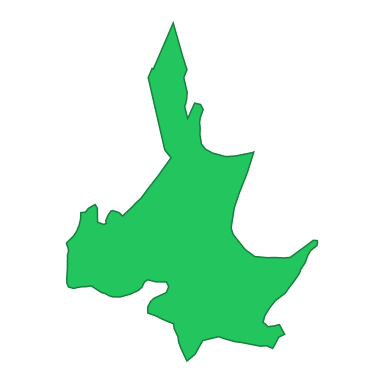 the district of Kafr Al-Dawwar, Al Buhayrah, Egypt
{"feature_id": "37247803B70717043240627", "entity_name": "Kafr Al-Dawwar", "entity_type": "district", "adm_level": 2, "iso_a3": "EGY", "parent_name": "Egypt", "parent_adm1": "Al Buhayrah", "projection": "natural_earth1", "projection_center": [30.128, 31.137], "detail": "fine", "context": "isolated", "style": "filled", "palette": "green", "viewbox_px": 384, "rotation_deg": 0, "n_neighbors": 0, "source": "geoboundaries", "source_scale": "gbopen_adm2", "svg_char_len": 2925}
<svg xmlns="http://www.w3.org/2000/svg" viewBox="0 0 384 384"><path d="M185.0,63.7L185.0,63.4L182.8,56.8L181.0,50.4L173.2,23.0L172.0,25.8L153.4,69.0L152.1,68.5L148.2,77.6L164.8,150.0L170.2,156.7L171.0,157.8L168.5,161.3L165.3,165.8L162.2,170.1L158.5,175.4L155.9,178.7L154.1,180.9L152.6,182.9L151.8,184.0L150.6,185.4L148.1,188.7L141.1,198.2L139.5,199.7L138.6,200.5L138.4,200.7L138.3,200.8L135.3,203.5L133.9,205.2L132.1,207.0L129.3,209.6L127.1,211.7L125.0,213.7L123.9,214.7L122.5,216.0L119.8,213.2L118.8,212.5L112.9,210.6L111.0,211.0L108.2,215.0L107.1,217.4L105.8,220.6L106.3,223.3L103.9,224.4L97.7,222.3L97.6,221.1L97.5,218.8L97.4,213.0L97.4,208.4L96.0,205.9L95.1,204.5L92.6,205.9L88.3,208.4L85.6,212.1L80.8,212.6L80.6,218.9L80.3,220.2L79.1,225.3L77.4,229.3L77.2,230.3L75.9,232.3L75.3,233.5L73.4,236.1L71.4,238.1L69.3,240.2L66.5,243.0L66.6,244.3L68.0,247.5L68.5,251.1L67.3,255.9L67.6,257.2L67.4,261.0L67.4,264.6L67.4,266.8L67.4,269.3L67.2,271.0L67.0,274.3L66.9,276.6L66.8,278.8L66.8,281.8L67.0,283.7L67.6,285.0L68.6,287.0L73.1,288.3L74.1,288.5L76.4,287.7L81.1,286.9L82.2,286.8L87.2,286.6L91.0,285.8L96.0,289.0L101.4,292.5L105.2,293.5L109.2,295.8L112.8,296.9L113.8,296.8L118.0,297.0L120.5,296.9L126.5,295.2L130.4,294.1L135.7,291.7L138.2,290.5L141.7,287.5L144.6,281.9L147.6,279.8L151.7,280.8L155.7,281.8L166.5,282.0L166.7,282.3L166.8,282.7L168.7,286.7L166.8,291.4L166.4,292.5L153.8,298.4L150.6,301.5L147.8,306.8L147.8,313.1L152.7,314.8L156.6,316.2L161.0,318.5L166.7,321.1L168.1,321.6L173.5,323.7L174.2,328.6L176.8,334.3L177.9,336.4L178.1,337.6L178.8,342.6L181.1,348.6L181.8,350.1L186.9,361.0L195.1,354.2L202.7,340.6L217.7,336.9L218.9,336.7L223.5,338.4L226.0,339.1L234.6,341.6L241.5,342.5L252.7,344.7L260.4,346.2L266.4,345.7L271.4,347.8L272.5,348.5L273.6,346.9L275.6,343.2L276.1,342.2L278.6,337.3L284.6,334.2L279.4,324.6L274.3,325.9L267.9,326.7L266.9,325.7L265.5,324.0L263.0,322.5L264.2,318.0L264.6,316.3L266.8,312.6L268.2,310.2L269.7,307.8L272.6,304.2L275.2,300.8L278.1,298.6L283.9,294.2L285.0,293.4L289.7,286.9L291.6,284.4L292.8,282.9L295.6,279.0L296.5,277.8L299.4,273.3L301.0,268.9L305.2,262.7L307.9,255.0L309.3,252.9L310.7,250.5L316.9,245.6L317.5,243.0L317.4,240.6L313.3,240.3L311.4,241.7L308.9,243.6L307.1,245.0L304.8,246.7L300.7,249.7L290.2,257.4L287.6,257.6L286.2,257.7L284.7,258.0L274.7,257.5L267.3,257.7L262.0,257.2L254.7,256.5L249.7,252.8L245.2,249.6L240.5,243.7L236.8,239.1L234.3,236.0L233.2,234.6L231.6,229.6L231.1,228.0L234.1,208.9L234.3,207.6L239.5,192.4L246.1,175.7L247.6,171.8L253.8,152.0L251.8,152.7L235.5,156.0L225.8,156.6L220.9,155.3L216.6,154.1L212.6,153.1L210.1,151.7L205.6,149.3L201.4,144.0L200.6,138.7L199.9,134.4L200.2,128.5L199.6,122.4L200.3,117.5L203.2,109.6L201.8,106.9L200.6,104.5L194.7,103.1L191.0,111.2L189.5,114.7L187.7,118.5L185.0,108.0L184.6,106.7L185.6,104.1L186.7,98.7L187.2,92.3L185.5,85.1L183.9,78.0L184.2,76.5L187.0,69.7L185.0,63.7Z" fill="#22c55e" stroke="#15803d" stroke-width="1.5"/></svg>